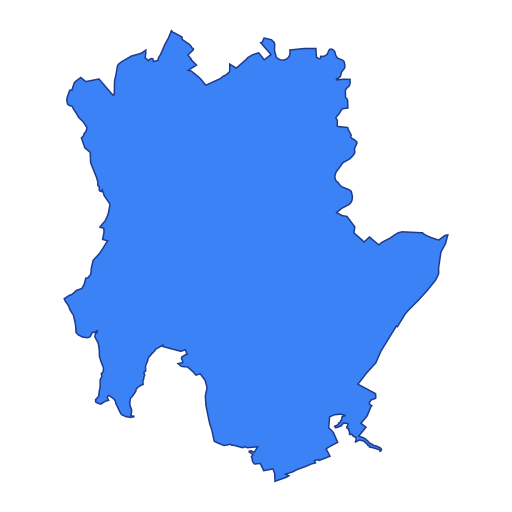 Sieu-Odorhei, Bistrita-Nasaud, Romania (Albers equal-area conic projection)
{"feature_id": "2599482B30244428073322", "entity_name": "Sieu-Odorhei", "entity_type": "district", "adm_level": 2, "iso_a3": "ROU", "parent_name": "Romania", "parent_adm1": "Bistrita-Nasaud", "projection": "albers", "projection_center": [24.269, 47.13], "detail": "fine", "context": "isolated", "style": "filled", "palette": "blue", "viewbox_px": 512, "rotation_deg": 0, "n_neighbors": 0, "source": "geoboundaries", "source_scale": "gbopen_adm2", "svg_char_len": 5924}
<svg xmlns="http://www.w3.org/2000/svg" viewBox="0 0 512 512"><path d="M371.8,405.8L369.5,404.2L369.4,402.4L371.3,399.9L375.6,398.3L375.9,396.1L375.5,395.7L375.6,393.7L357.9,384.2L367.0,372.5L375.8,362.9L381.0,351.0L396.3,326.1L397.4,326.7L405.3,313.8L409.1,309.5L418.4,300.2L426.9,290.9L435.5,280.2L437.5,276.4L438.7,273.4L438.6,267.8L440.9,252.1L445.5,243.6L447.8,234.9L445.0,235.4L438.7,240.1L431.2,237.6L426.3,235.5L424.1,234.2L422.5,232.8L402.0,231.8L398.2,232.8L394.8,234.8L390.3,238.0L381.8,242.4L378.7,244.9L369.5,237.0L364.0,242.1L362.5,240.4L353.9,232.9L354.8,226.9L347.0,216.5L341.9,215.5L336.6,212.6L341.7,208.3L349.0,204.5L350.7,202.9L351.9,200.6L352.4,198.2L352.3,195.8L351.3,191.4L349.8,190.2L348.4,189.4L341.8,186.8L339.7,184.9L338.0,182.4L337.2,181.9L335.8,180.4L334.9,177.8L335.0,175.5L336.1,172.1L342.6,163.1L343.8,162.2L350.0,158.7L353.6,154.9L354.8,152.6L354.5,148.8L354.7,148.1L357.0,143.1L356.7,141.8L354.2,139.5L352.5,138.8L350.6,137.1L351.2,135.1L348.0,129.0L347.9,127.9L347.5,127.5L338.1,126.5L337.4,126.3L337.2,125.6L337.4,120.8L337.0,119.7L335.8,117.9L336.9,116.2L338.9,114.1L341.1,110.4L342.6,108.7L347.9,108.0L347.6,100.6L347.4,99.5L346.7,98.4L345.5,97.4L345.4,90.1L346.9,88.0L348.8,86.4L349.7,84.9L350.0,83.8L350.1,79.4L343.8,79.2L336.5,79.9L336.5,78.8L338.6,78.1L340.4,76.4L341.6,72.0L344.6,68.1L344.9,66.4L344.8,64.7L344.1,61.7L343.5,60.9L342.0,59.9L337.5,58.1L335.7,55.3L334.8,51.7L334.2,50.8L332.1,49.2L330.4,49.1L329.6,49.4L328.5,51.0L328.1,52.5L326.9,54.5L325.4,55.6L323.4,56.4L320.7,56.3L320.7,57.8L320.1,58.6L318.3,58.4L316.4,57.1L315.9,48.5L304.2,48.5L289.8,50.0L290.1,52.4L289.9,54.4L289.0,56.5L287.3,58.6L284.3,60.0L280.7,60.0L278.0,58.7L276.3,57.3L274.8,51.9L274.5,49.7L274.7,44.1L274.2,42.5L271.5,39.8L264.1,38.0L262.2,42.2L260.7,42.7L271.0,54.6L264.2,59.8L258.7,52.8L252.8,54.7L247.9,57.5L245.8,59.8L236.3,68.1L229.7,64.1L229.7,70.4L229.4,72.0L228.2,72.9L227.5,74.0L226.8,74.1L224.6,75.9L224.0,75.8L223.0,76.3L220.5,78.5L205.9,85.2L200.5,78.8L198.0,76.5L191.2,71.0L188.2,70.3L196.5,65.1L190.9,59.5L191.2,59.1L187.9,55.0L192.9,50.3L193.4,49.5L193.4,48.7L191.9,47.8L190.8,45.9L189.1,44.2L182.1,39.4L182.1,37.2L175.3,33.3L173.2,32.5L171.4,30.7L168.5,37.9L165.2,43.8L160.5,54.6L158.6,57.6L157.8,60.5L153.4,61.5L152.9,58.8L151.5,58.5L149.4,59.4L148.6,60.7L145.2,57.8L145.7,54.1L145.8,50.1L142.0,52.8L139.6,53.8L131.5,56.0L121.4,61.9L118.5,64.2L117.5,65.8L116.0,74.6L114.9,79.2L114.5,81.5L114.3,92.9L114.2,94.1L113.5,95.4L111.5,93.6L99.0,79.0L86.2,81.5L85.5,81.4L80.8,77.5L76.0,81.0L74.3,82.7L71.8,90.3L70.6,90.0L69.7,90.3L67.5,96.4L66.8,99.1L67.0,101.7L67.7,104.2L69.0,105.3L72.5,106.5L73.2,108.6L76.9,114.2L78.6,117.4L83.2,121.8L87.0,127.7L86.0,131.4L84.2,133.5L83.7,134.8L83.7,135.7L81.4,137.9L84.9,147.9L90.2,152.4L90.6,162.7L96.6,177.6L97.9,182.4L97.8,185.5L99.2,186.7L99.3,190.6L101.3,191.6L102.3,189.9L104.2,195.7L109.6,203.5L109.9,204.9L108.3,213.5L106.8,217.5L105.0,221.0L99.9,227.0L101.1,227.7L103.2,227.9L103.7,228.6L104.0,230.1L103.9,232.7L102.6,239.4L107.5,240.8L103.1,248.1L99.3,253.7L93.1,260.4L91.1,269.3L91.1,271.4L90.7,274.3L88.0,277.7L85.8,278.2L84.1,284.4L81.8,288.5L76.3,290.4L73.5,293.1L71.2,294.9L69.7,295.1L64.2,298.7L65.6,301.8L67.2,303.7L68.7,306.2L70.1,310.1L73.4,315.1L75.2,323.1L75.8,327.4L76.0,332.4L78.2,334.8L82.4,337.0L86.8,337.7L88.9,337.4L90.3,336.3L92.5,332.2L94.5,332.5L95.8,331.8L97.0,330.7L97.2,332.3L95.4,333.9L94.8,336.7L98.1,343.0L98.6,345.3L99.3,350.6L99.4,356.4L101.2,362.1L103.5,367.9L103.2,371.7L101.2,373.9L102.0,376.3L100.2,379.6L100.1,387.1L99.2,391.8L98.7,396.3L95.5,399.7L95.7,402.0L98.0,403.3L100.8,404.1L105.2,401.3L108.6,400.3L107.1,397.1L108.8,395.3L113.8,398.9L115.4,401.2L115.7,403.1L119.8,411.8L121.5,414.6L126.8,417.0L127.5,416.5L129.2,417.2L131.0,417.4L132.7,416.8L133.7,417.0L133.8,416.2L131.7,415.9L130.9,415.4L131.5,412.4L131.6,410.3L131.4,409.0L130.3,406.4L129.9,404.6L129.9,402.0L130.5,398.1L131.9,396.9L135.3,392.1L135.9,391.0L136.0,389.6L137.7,387.4L141.0,385.3L143.1,384.5L142.9,380.7L143.8,378.9L143.9,376.6L144.6,375.7L144.6,374.8L143.8,372.4L145.7,371.0L145.5,366.0L147.7,360.7L147.9,359.3L148.7,357.3L149.3,356.6L150.8,355.1L151.7,353.6L152.6,353.1L155.2,350.1L155.7,349.1L162.9,345.1L163.0,345.4L162.7,346.5L180.8,351.3L185.2,349.8L185.8,351.0L186.2,352.4L187.3,354.2L185.2,354.9L181.9,356.9L181.4,358.4L182.7,361.2L182.7,362.6L178.0,363.6L181.1,366.2L184.1,366.8L187.3,366.8L193.0,371.8L195.9,375.1L200.3,373.9L205.1,380.4L207.1,387.7L205.3,396.1L206.0,405.7L209.5,422.9L211.9,430.4L214.2,441.2L217.8,443.0L224.0,445.5L230.5,444.3L231.9,445.3L233.7,445.3L242.6,447.7L245.1,446.7L247.1,447.7L257.6,446.8L254.3,452.3L251.0,450.8L249.3,451.1L249.1,451.9L253.0,454.5L251.3,456.8L252.4,459.0L252.3,460.6L253.1,462.4L254.5,464.0L260.2,463.5L263.8,470.7L273.0,468.9L274.7,473.6L275.0,481.3L286.5,477.2L288.9,475.8L285.6,474.1L292.6,471.9L297.3,469.5L306.3,466.2L311.5,463.9L315.5,462.9L314.4,460.6L318.6,459.5L319.1,460.5L330.0,456.2L326.1,448.8L330.6,446.0L337.7,442.3L333.4,432.6L331.0,429.8L328.7,427.9L329.6,416.8L334.3,414.8L340.8,414.1L344.9,415.3L344.9,415.6L344.6,416.0L342.2,416.5L341.7,418.6L341.6,420.1L340.7,420.6L340.6,421.9L338.6,423.1L338.8,423.7L337.5,425.1L335.2,425.9L334.8,426.4L335.5,426.5L335.4,427.7L337.4,427.4L341.5,425.7L341.6,425.1L343.4,423.3L344.2,423.1L347.9,423.6L348.1,424.0L347.4,426.2L346.6,427.1L347.2,428.4L348.5,428.7L348.7,429.3L348.6,430.2L349.5,431.7L349.6,432.4L349.3,433.8L350.3,434.7L351.4,434.2L352.5,434.9L353.1,436.1L354.6,436.9L355.9,437.2L356.1,438.2L356.0,440.7L355.3,441.6L355.5,442.0L359.5,440.0L363.1,440.9L364.2,441.5L367.4,444.4L367.9,445.4L368.8,445.4L369.4,446.2L369.4,447.0L372.8,447.7L379.3,449.7L380.1,451.3L380.8,450.9L381.6,449.4L380.3,447.9L376.9,446.2L374.0,445.5L371.1,443.7L369.7,443.2L368.3,441.5L365.1,438.7L363.0,437.6L358.7,436.1L366.0,427.2L360.9,423.3L367.0,416.2L371.0,406.5L371.8,405.8Z" fill="#3b82f6" stroke="#1e3a8a" stroke-width="1.5"/></svg>